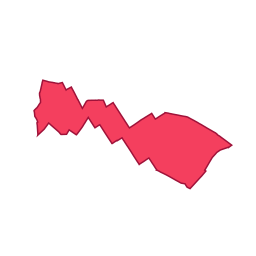 Chiselet, Calarasi, Romania, rotated 331°
{"feature_id": "2599482B88528086640764", "entity_name": "Chiselet", "entity_type": "district", "adm_level": 2, "iso_a3": "ROU", "parent_name": "Romania", "parent_adm1": "Calarasi", "projection": "albers", "projection_center": [26.795, 44.194], "detail": "fine", "context": "isolated", "style": "filled", "palette": "rose", "viewbox_px": 256, "rotation_deg": 331, "n_neighbors": 0, "source": "geoboundaries", "source_scale": "gbopen_adm2", "svg_char_len": 4664}
<svg xmlns="http://www.w3.org/2000/svg" viewBox="0 0 256 256"><g transform="rotate(331 128 128)"><path d="M152.9,211.1L153.2,211.0L160.4,208.6L166.6,206.5L167.9,206.1L168.4,205.9L168.6,205.9L169.7,205.5L175.2,203.4L174.6,202.1L175.0,201.9L175.2,201.7L175.6,201.6L177.1,200.7L182.8,197.3L187.5,194.6L192.3,193.0L192.5,192.9L192.8,192.8L193.8,192.4L198.1,192.0L206.4,193.5L206.4,193.8L210.4,193.3L207.2,186.2L206.7,185.1L204.9,181.2L204.3,179.8L204.2,179.6L204.1,179.4L203.7,178.7L203.2,177.9L203.1,177.6L203.0,177.2L202.9,177.1L202.9,176.9L202.9,176.6L202.8,176.4L202.8,176.2L202.5,175.6L202.2,174.8L200.7,172.4L199.4,170.2L198.7,169.1L198.0,167.9L196.6,165.6L196.2,164.8L195.1,163.0L193.8,160.7L192.5,158.7L191.5,156.9L190.5,155.3L189.0,152.9L187.3,150.3L185.8,147.9L185.5,147.4L184.8,146.7L183.7,145.7L182.5,144.8L180.2,142.9L177.9,140.9L175.7,139.1L173.9,137.6L172.4,136.3L171.3,135.4L170.5,134.6L169.5,133.8L167.8,132.5L167.6,132.8L166.8,132.9L164.9,132.9L164.0,133.0L163.2,133.0L161.4,133.1L160.0,133.2L157.7,133.4L156.2,133.4L155.8,126.7L154.5,126.8L151.4,126.9L149.8,127.0L148.8,127.0L145.9,127.2L144.8,127.2L142.6,127.3L142.3,127.4L140.5,127.6L138.8,127.8L134.8,128.2L129.3,128.6L129.1,126.7L128.9,123.2L128.7,121.0L128.6,119.0L128.4,116.1L128.2,113.4L127.9,108.7L127.6,104.0L127.5,101.9L127.3,99.6L127.3,98.6L127.2,98.6L125.8,98.6L123.6,98.8L120.8,98.9L119.2,99.0L119.9,91.8L119.9,91.7L119.2,91.3L117.2,90.2L116.8,90.0L116.7,89.9L116.3,89.5L116.2,89.4L115.9,89.3L115.1,89.0L114.9,89.0L114.3,88.7L113.1,88.0L111.6,87.2L109.4,86.0L107.8,85.2L107.1,84.8L106.7,84.6L106.3,84.5L106.1,84.4L105.8,84.4L105.6,84.4L105.2,84.4L104.7,84.5L104.4,84.6L103.4,85.2L100.0,87.3L98.0,88.5L97.6,88.7L97.9,80.0L98.0,79.3L97.9,79.1L97.8,78.5L97.9,77.5L97.9,76.8L98.0,75.7L98.0,74.5L98.1,72.6L98.2,68.8L98.2,66.0L98.3,65.0L98.3,64.7L92.6,64.6L92.3,64.7L92.3,63.4L92.5,59.5L92.6,56.4L88.4,55.3L88.2,55.2L88.0,54.8L87.8,54.7L87.6,54.5L87.5,54.4L87.2,54.2L86.4,53.6L85.6,52.8L85.1,52.5L84.8,52.2L84.7,52.1L84.5,51.9L84.4,51.8L84.3,51.7L84.0,51.5L83.3,51.0L82.7,50.5L81.9,49.9L81.4,49.5L81.2,49.4L80.8,49.0L80.1,48.2L79.6,47.7L79.1,47.2L78.4,46.6L78.0,46.2L77.3,45.5L76.7,44.9L75.9,45.7L75.4,46.2L74.9,46.7L74.9,46.8L74.7,47.0L73.6,48.3L72.3,49.7L71.6,50.5L71.3,50.8L71.2,51.1L71.0,51.3L70.8,51.4L70.5,51.7L70.0,52.3L69.7,52.7L69.4,53.0L69.2,53.2L69.0,53.4L68.9,53.5L68.7,53.7L68.5,53.8L68.4,53.9L68.3,54.0L68.1,54.1L68.0,54.3L67.9,54.4L67.6,54.5L67.4,54.8L67.3,55.0L67.2,55.2L66.7,56.2L66.5,56.6L66.4,56.9L66.3,57.3L66.0,58.1L65.6,59.3L65.5,59.7L65.5,60.0L65.4,60.3L65.2,60.7L65.0,61.1L64.5,62.0L64.1,62.9L64.0,63.1L63.9,63.2L63.7,63.3L63.3,63.5L62.9,63.7L61.3,64.5L60.7,64.9L59.9,65.3L59.5,65.5L59.1,65.7L58.5,66.0L58.1,66.1L57.8,66.3L57.6,66.3L57.4,66.3L57.1,66.3L56.7,66.5L56.3,66.6L55.9,66.7L55.6,66.8L55.1,66.9L54.5,67.2L54.2,67.3L54.1,67.5L54.0,68.0L53.9,68.4L53.6,69.3L53.5,69.5L53.2,70.2L52.5,71.8L52.3,72.3L52.2,72.4L52.2,72.5L52.2,73.0L52.2,73.7L52.3,74.3L52.3,75.4L52.3,76.0L52.3,76.3L52.3,76.6L52.3,76.9L52.2,77.5L52.0,78.3L52.0,78.6L51.9,78.9L51.9,79.0L51.7,79.2L51.4,79.2L51.1,79.2L50.9,79.3L50.5,80.2L50.0,81.6L48.7,84.3L48.1,85.6L47.1,87.7L46.5,89.1L45.9,90.2L45.8,90.4L45.7,90.5L54.1,88.4L58.7,86.3L61.0,85.2L61.7,86.9L61.7,87.1L65.6,97.9L66.0,100.0L66.1,100.6L66.3,101.2L71.2,103.7L75.6,101.1L79.4,108.7L79.5,108.9L79.8,108.9L80.0,108.8L80.4,108.6L81.4,108.2L84.3,106.9L86.7,105.8L87.8,105.3L88.4,105.0L89.9,104.2L91.4,103.3L92.6,102.7L94.7,101.5L97.4,100.0L98.4,99.5L98.4,99.9L98.4,100.3L98.4,100.9L98.6,102.6L98.7,104.7L98.9,107.4L99.0,109.5L99.2,111.8L101.8,111.6L103.4,111.5L104.9,111.5L105.0,113.0L105.1,114.2L105.5,120.8L105.7,123.5L106.0,127.7L106.4,132.7L106.4,133.8L106.5,133.9L107.3,133.9L109.0,133.7L110.4,133.6L111.9,133.5L112.3,133.5L112.3,133.9L118.0,133.7L118.1,135.2L118.1,136.1L118.2,136.9L118.3,137.7L118.3,138.5L118.4,139.4L118.4,139.8L118.4,140.1L118.5,140.6L118.5,141.5L118.6,142.6L118.7,143.8L118.8,144.4L118.8,145.0L118.9,146.0L118.9,146.7L119.0,147.3L119.0,148.0L119.1,148.7L119.5,156.5L119.6,157.1L119.6,157.7L119.6,158.1L119.7,158.8L119.7,159.5L119.8,160.3L119.8,161.1L119.9,161.7L119.9,162.2L120.0,163.1L120.1,164.0L120.1,164.8L120.1,165.3L120.5,165.2L122.2,165.1L123.1,165.0L123.6,165.0L125.4,164.9L127.3,164.7L129.4,164.5L131.0,164.4L131.7,164.4L131.8,165.3L131.9,166.7L132.0,167.6L132.1,169.6L132.2,170.9L132.4,172.8L132.6,176.5L132.8,178.3L132.4,178.6L133.0,179.1L133.5,179.8L134.4,181.1L135.0,182.2L136.8,184.7L138.6,187.3L140.6,190.4L142.8,194.0L144.8,197.3L145.6,198.5L147.7,201.9L147.8,202.0L148.9,202.9L150.0,203.8L150.8,204.4L150.8,205.2L151.0,208.4L152.9,211.1Z" fill="#f43f5e" stroke="#9f1239" stroke-width="1.5"/></g></svg>